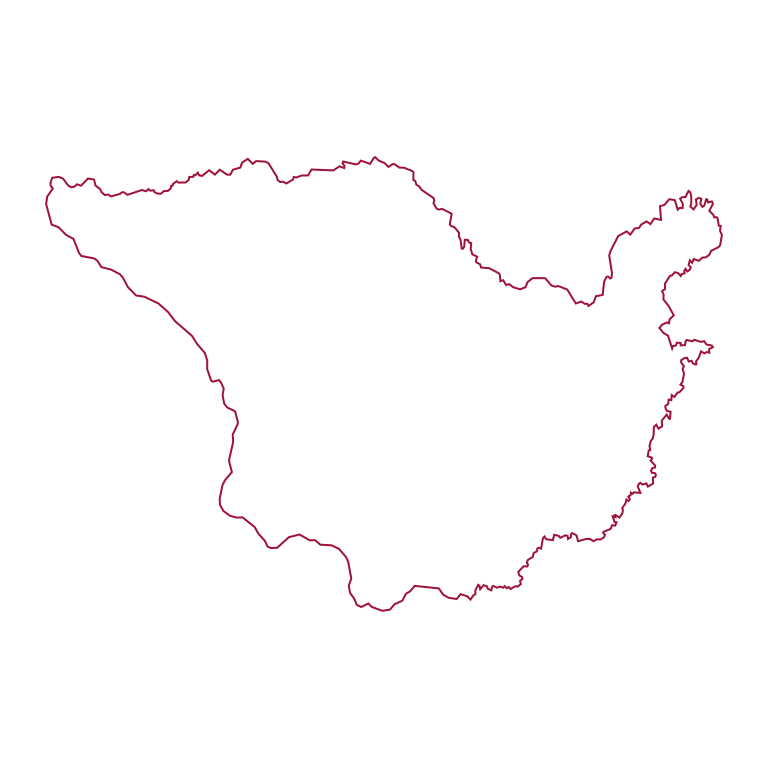 Anzoátegui, Tolima, Colombia
{"feature_id": "7082276B15169837386348", "entity_name": "Anzoátegui", "entity_type": "district", "adm_level": 2, "iso_a3": "COL", "parent_name": "Colombia", "parent_adm1": "Tolima", "projection": "equal_earth", "projection_center": [-75.176, 4.624], "detail": "fine", "context": "isolated", "style": "outline", "palette": "rose", "viewbox_px": 768, "rotation_deg": 0, "n_neighbors": 0, "source": "geoboundaries", "source_scale": "gbopen_adm2", "svg_char_len": 6102}
<svg xmlns="http://www.w3.org/2000/svg" viewBox="0 0 768 768"><path d="M47.2,196.6L46.1,204.0L51.7,224.7L58.5,227.2L66.1,234.9L73.5,238.9L79.0,252.9L81.3,256.0L94.2,258.4L97.3,260.7L101.4,267.1L111.1,269.6L120.0,274.3L122.7,277.3L127.9,287.1L136.1,295.5L144.3,296.7L158.5,303.5L167.9,311.9L175.0,321.1L192.0,335.9L197.1,344.0L204.9,353.0L207.2,360.5L207.2,369.2L211.2,380.7L212.9,381.7L218.9,380.1L220.9,382.2L223.7,388.5L222.6,395.2L224.2,403.6L227.2,407.5L235.0,411.2L237.9,421.9L237.7,424.1L232.7,434.6L233.2,441.8L229.3,458.9L229.1,461.3L231.9,472.1L225.2,479.9L222.6,484.9L219.7,498.4L219.9,504.6L223.4,511.0L230.1,515.8L236.7,517.6L242.6,517.4L254.7,527.1L258.3,533.5L265.0,541.0L267.6,546.6L270.7,548.0L277.1,547.8L288.9,537.2L299.5,534.5L309.7,540.3L315.2,540.2L320.3,544.7L331.6,545.3L339.0,548.9L346.0,557.0L348.2,561.8L351.3,578.6L348.7,585.9L350.2,593.1L354.4,599.0L356.7,604.8L361.2,607.0L368.3,603.5L371.8,606.9L382.2,610.8L389.8,609.7L394.6,604.2L402.3,600.7L406.1,593.6L410.0,591.4L414.7,585.9L438.8,588.4L443.2,594.7L448.6,597.8L456.6,599.0L460.6,594.2L467.3,596.3L470.5,599.6L473.5,595.2L475.3,594.3L475.3,590.5L478.2,584.8L479.4,585.8L480.2,589.2L483.6,585.1L487.0,586.4L487.8,588.8L491.4,590.3L491.9,587.3L493.3,585.9L496.9,587.7L499.8,586.6L503.2,587.7L504.7,586.1L506.6,588.2L508.9,587.1L510.6,589.0L515.3,586.2L517.5,586.7L520.9,584.0L520.0,580.9L522.5,578.9L521.8,576.8L519.4,575.5L518.2,571.9L523.6,566.3L527.2,566.5L528.1,564.7L526.8,562.8L527.9,559.9L532.8,556.9L533.7,553.0L536.7,551.5L537.4,548.5L538.9,547.7L541.1,548.7L542.9,538.3L544.4,536.5L546.2,539.2L552.9,540.1L554.2,534.8L558.7,535.9L560.3,537.8L565.5,535.3L567.5,535.8L568.0,539.0L570.9,537.2L571.2,533.9L572.2,533.1L576.4,535.3L578.1,541.2L586.3,538.9L590.0,539.0L593.4,541.2L596.8,539.3L600.4,539.5L604.0,537.3L605.0,534.8L603.2,533.1L603.4,531.9L610.7,528.9L612.0,525.2L615.2,525.6L616.5,522.3L614.5,521.9L612.7,516.4L615.2,517.1L614.5,515.4L615.4,514.9L619.4,517.6L622.3,513.6L622.9,509.9L622.2,508.2L625.4,503.5L626.5,499.5L628.5,501.0L629.4,500.3L629.7,498.7L628.3,496.5L630.6,495.2L630.9,492.7L632.5,493.8L633.9,492.4L640.4,492.9L637.8,486.5L638.9,483.8L640.4,482.8L642.7,484.6L646.4,483.4L647.9,486.6L653.1,483.5L652.9,477.6L655.3,476.8L655.9,474.7L654.7,473.0L652.0,472.9L651.0,470.6L652.5,468.0L655.0,467.5L655.2,465.6L650.6,460.5L652.1,458.6L651.8,457.6L647.7,456.2L648.7,450.5L650.3,450.0L649.5,446.0L650.7,441.0L652.7,438.7L653.7,434.1L653.8,427.1L656.3,424.7L658.4,428.6L662.1,426.4L661.7,420.7L666.7,414.6L669.3,419.0L670.0,418.8L670.6,411.8L666.7,410.7L665.3,407.6L665.5,405.7L668.1,404.1L668.7,399.6L671.3,400.2L671.7,395.1L674.3,397.0L677.6,392.5L679.4,392.3L683.5,387.9L683.4,386.3L680.5,384.6L682.4,382.1L684.0,373.7L682.6,368.7L683.9,366.2L681.2,362.5L681.1,360.3L684.2,358.1L687.1,357.8L688.7,361.5L691.5,360.8L693.0,363.4L695.8,364.6L696.5,363.7L696.0,361.4L698.6,358.0L701.1,351.4L704.3,353.4L706.9,352.0L709.3,352.7L709.1,349.1L712.9,347.1L711.8,345.5L706.5,344.5L704.1,341.2L700.9,341.9L694.3,339.8L692.5,341.3L686.8,340.0L685.8,340.8L685.0,345.1L680.7,345.4L680.6,342.9L676.9,342.7L675.8,345.5L672.9,346.0L672.1,348.4L668.0,335.7L663.5,333.0L659.4,328.0L661.9,324.8L666.8,322.5L669.0,323.3L669.7,319.2L673.8,315.4L668.5,305.8L663.4,299.4L663.6,294.6L662.1,291.1L665.1,289.0L664.9,283.7L670.0,275.8L671.8,275.5L674.8,272.2L678.1,273.1L680.8,276.0L681.6,274.1L684.6,273.3L684.2,270.7L685.6,268.8L687.2,271.5L689.9,269.7L690.8,267.3L688.6,264.9L689.9,260.3L692.1,262.8L693.8,259.0L698.8,260.8L702.3,257.6L705.7,257.4L709.4,254.7L711.1,250.8L718.4,247.2L720.1,245.3L721.9,235.1L720.0,230.7L720.7,225.9L718.8,225.7L717.6,218.3L716.5,217.1L714.2,217.4L713.3,214.8L709.3,210.8L712.9,203.9L712.0,201.5L708.0,202.4L707.3,199.5L706.2,199.2L704.3,205.6L702.4,206.9L700.3,203.8L701.3,198.8L698.7,197.9L695.9,199.5L696.7,204.9L693.6,209.4L690.4,206.6L691.3,203.0L691.2,195.7L690.1,192.1L688.5,191.0L685.4,197.1L682.1,197.2L680.1,198.7L682.9,204.0L682.6,208.1L679.9,207.8L677.7,209.7L674.8,200.1L669.3,199.2L664.3,205.0L660.0,206.1L661.0,219.9L654.2,218.5L650.4,224.1L646.6,221.4L641.3,224.5L639.0,227.9L634.7,228.5L630.3,234.6L626.7,231.4L618.2,236.0L610.4,251.3L609.2,255.6L612.0,273.2L611.5,277.7L610.2,278.5L608.0,276.5L606.5,276.9L604.1,281.7L602.7,294.9L595.9,296.2L593.7,302.3L588.5,306.0L587.4,303.8L584.8,303.8L581.3,301.5L575.8,303.5L567.2,289.5L558.1,286.0L555.2,286.7L551.4,285.5L545.2,278.2L532.6,278.1L527.5,282.2L525.5,287.2L520.1,289.3L513.3,287.3L509.1,284.1L506.2,285.1L503.1,280.2L500.3,281.2L499.9,275.0L498.9,273.3L489.1,268.2L481.0,267.5L480.1,264.3L476.5,262.4L475.8,260.7L477.2,256.7L472.3,254.3L470.7,248.8L471.2,243.1L469.1,242.5L467.8,239.9L464.8,239.8L464.2,246.7L462.8,248.8L461.7,248.6L460.5,239.7L458.8,236.4L459.1,232.8L454.4,227.2L450.7,225.8L449.8,224.1L451.7,213.8L442.2,208.9L438.9,209.6L436.7,208.7L433.5,203.4L434.3,200.2L433.6,198.1L421.4,189.7L419.1,186.3L416.4,184.7L415.2,180.9L413.3,179.8L413.5,172.5L412.4,171.1L404.0,167.7L399.4,167.6L394.5,164.2L392.7,164.1L388.3,166.9L384.8,163.2L378.8,160.6L375.3,157.2L374.0,157.7L370.0,163.9L360.8,160.6L358.4,163.6L355.7,164.4L343.2,161.5L342.5,163.4L344.6,166.0L344.2,168.1L339.6,166.3L333.3,170.4L311.5,169.5L308.1,175.4L301.9,175.5L296.2,177.5L293.8,176.9L293.0,179.5L286.3,183.5L283.0,181.6L280.3,182.1L277.6,180.0L276.7,176.5L268.4,163.1L264.9,161.6L256.1,161.1L252.7,163.8L247.8,158.9L242.1,162.6L240.3,167.6L233.0,169.7L230.2,174.7L226.9,174.6L219.8,169.7L214.9,174.6L209.2,170.2L202.1,175.9L199.1,175.4L197.9,172.7L195.4,175.2L193.8,175.0L193.4,176.8L189.3,177.0L188.7,179.9L185.4,182.5L178.5,182.6L176.7,181.2L173.1,183.9L172.5,185.7L171.3,185.7L170.7,188.5L167.9,190.9L163.8,191.1L160.8,193.8L157.2,193.5L154.4,192.0L153.7,190.2L150.5,190.7L148.3,189.1L146.0,191.3L142.1,190.0L127.4,194.8L123.8,192.2L121.9,192.3L120.1,193.9L110.9,196.4L108.3,194.5L104.7,195.1L101.3,191.8L100.2,189.2L95.5,185.5L94.1,179.6L88.0,178.5L81.0,185.7L77.0,184.3L74.3,186.7L71.2,187.2L68.2,185.5L63.0,178.6L58.8,176.9L52.1,177.8L50.4,183.3L50.8,186.0L52.8,188.5L47.2,196.6Z" fill="none" stroke="#9f1239" stroke-width="2"/></svg>